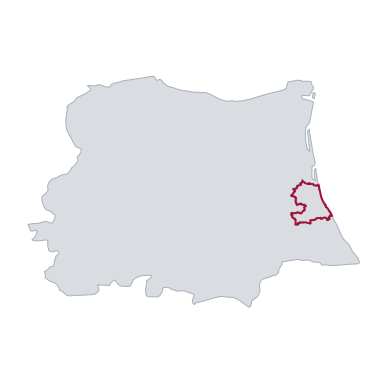 Gbokle, Bas-Sassandra, Ivory Coast shown in context, rotated 268°
{"feature_id": "98640826B37905317988050", "entity_name": "Gbokle", "entity_type": "district", "adm_level": 2, "iso_a3": "CIV", "parent_name": "Ivory Coast", "parent_adm1": "Bas-Sassandra", "projection": "equal_earth", "projection_center": [-6.009, 5.243], "detail": "fine", "context": "in_parent", "style": "outline", "palette": "rose", "viewbox_px": 384, "rotation_deg": 268, "n_neighbors": 0, "source": "geoboundaries", "source_scale": "gbopen_adm2", "svg_char_len": 8809}
<svg xmlns="http://www.w3.org/2000/svg" viewBox="0 0 384 384"><g transform="rotate(268 192 192)"><path d="M98.7,56.0L99.8,55.9L102.8,54.8L105.5,52.2L108.0,46.7L111.3,42.3L115.1,42.6L116.3,41.8L117.6,41.7L119.2,44.6L120.8,46.8L121.9,46.8L122.7,51.0L129.7,52.7L132.6,53.9L135.1,56.9L136.0,57.0L137.1,56.3L137.9,55.3L138.0,54.1L137.0,51.4L137.4,48.9L138.6,46.7L140.4,46.6L143.0,46.0L146.1,46.0L148.4,46.3L149.3,44.1L148.5,38.0L148.7,34.6L149.1,31.7L149.9,30.5L153.4,34.1L156.5,35.4L158.7,35.5L159.4,34.9L158.4,30.9L158.7,29.7L159.5,29.0L161.0,28.6L165.0,27.0L165.4,27.3L166.1,33.6L165.8,35.6L166.6,39.8L167.7,43.7L167.6,45.3L166.7,47.7L165.7,50.0L165.8,50.9L167.4,52.4L170.5,54.0L173.7,54.3L175.4,52.0L177.3,50.2L178.5,48.5L179.0,46.1L181.0,44.3L186.7,42.0L192.0,41.7L193.2,42.4L195.6,45.8L198.6,48.2L203.2,47.9L206.6,49.3L209.5,51.9L211.4,57.8L213.5,62.0L214.5,68.0L217.8,71.1L220.4,72.6L224.0,76.9L227.7,79.2L231.5,78.6L233.3,80.9L236.1,82.5L238.9,82.7L241.4,77.6L244.7,75.6L253.1,71.6L256.4,69.8L259.7,68.7L267.7,68.3L275.2,69.5L278.9,70.5L281.4,69.8L283.8,72.2L286.3,77.2L288.4,78.8L290.5,80.5L292.0,84.5L293.9,88.4L294.9,90.1L297.1,94.0L299.0,94.1L300.9,92.4L301.7,91.2L302.1,93.7L301.4,97.9L301.5,100.4L302.6,101.4L302.0,104.7L299.8,110.4L299.9,113.7L302.0,114.7L303.6,118.3L304.6,124.3L305.5,126.3L305.6,127.6L307.2,142.2L309.2,156.9L308.0,158.9L306.3,159.4L305.2,160.1L304.9,161.5L305.6,163.5L305.1,165.3L303.0,166.6L298.4,171.3L298.1,173.1L296.8,177.1L295.8,179.5L294.3,184.1L291.9,196.0L291.1,205.9L290.9,208.9L290.0,211.1L288.9,214.1L283.9,222.6L281.4,229.5L281.7,232.5L281.8,235.6L281.1,237.7L281.2,243.6L281.9,248.5L282.8,253.3L286.4,266.9L288.4,275.2L289.6,281.9L290.6,286.4L291.6,288.2L292.0,289.9L297.4,291.1L298.5,292.1L300.0,300.8L299.8,304.8L298.7,306.2L298.7,309.6L298.5,313.7L297.7,315.3L294.7,315.5L292.6,317.1L289.9,316.5L289.6,315.5L288.1,315.1L284.1,312.7L284.8,305.2L282.9,304.9L281.4,305.9L278.6,314.9L277.2,316.5L257.0,311.8L252.7,308.1L247.4,307.2L238.3,307.6L230.8,308.8L228.6,311.0L247.6,309.7L249.7,310.0L250.6,311.3L226.6,314.3L217.4,316.1L214.7,315.6L212.6,312.7L202.6,312.4L200.6,313.3L199.4,315.5L203.3,315.0L209.5,314.9L211.1,316.5L191.8,318.6L178.3,322.7L172.6,325.7L153.8,335.7L142.4,340.3L139.4,342.1L134.2,346.9L127.5,350.0L120.0,355.7L115.4,357.0L114.4,355.1L114.3,345.5L113.6,332.5L113.9,327.6L114.5,322.9L114.5,319.1L116.8,317.6L117.4,316.0L117.7,311.0L119.9,306.4L119.9,298.5L120.6,296.8L121.0,294.7L120.1,289.5L119.0,279.6L118.4,279.0L117.9,279.4L116.7,279.6L112.0,276.2L108.3,275.6L105.8,272.7L105.6,269.4L104.4,267.4L103.5,263.6L102.3,259.2L98.7,256.5L95.3,255.9L92.9,256.5L90.1,256.3L86.9,254.8L84.7,253.2L82.6,250.0L80.7,247.4L79.1,247.7L77.2,247.1L75.4,245.9L74.8,245.0L82.6,234.8L85.2,229.8L85.5,226.8L85.5,223.7L86.4,220.5L86.6,215.7L82.3,198.2L81.3,192.8L80.1,191.2L79.4,190.6L81.5,188.4L84.5,188.9L89.2,190.7L90.2,189.0L93.7,180.1L93.6,176.9L93.2,174.6L95.3,168.6L96.9,166.2L97.7,163.7L97.5,160.2L96.3,159.0L94.6,159.2L92.7,158.4L89.8,156.4L88.3,154.6L88.8,146.6L89.0,144.2L90.1,142.7L91.7,142.4L96.3,142.1L100.0,143.0L103.2,143.6L104.9,143.5L106.3,145.9L108.2,148.3L109.8,148.3L110.4,146.5L110.0,138.6L108.9,134.5L106.5,130.5L100.1,127.0L99.9,122.3L100.6,117.1L102.0,115.1L106.7,111.8L105.9,110.1L104.4,108.2L101.4,106.3L102.1,100.1L102.2,94.5L99.7,95.2L97.1,95.5L94.8,93.8L93.0,90.4L92.7,81.2L92.7,70.5L92.4,65.8L93.1,63.2L95.3,60.9L97.8,57.9L98.7,56.0ZM287.3,316.6L286.2,318.7L281.1,317.4L282.3,315.6L287.3,316.6Z" fill="#d9dde1" stroke="#a8b0b8" stroke-width="1"/><path d="M175.8,296.2L175.9,296.3L175.8,296.5L176.0,297.0L175.8,297.4L175.6,297.5L175.8,297.9L176.0,298.3L176.2,298.6L176.2,299.1L176.6,299.4L176.6,299.5L176.6,299.8L176.4,300.0L176.4,300.6L176.0,300.6L176.0,300.8L175.9,301.2L175.8,301.6L175.5,301.7L175.3,302.0L175.4,302.3L175.3,302.5L175.2,303.1L175.2,303.3L175.4,303.6L175.2,303.8L175.0,304.2L174.9,304.4L174.7,304.9L174.4,304.9L174.0,305.1L173.9,304.9L173.7,305.0L173.4,304.3L173.2,303.9L172.8,303.5L171.9,304.0L171.4,303.7L170.2,303.6L170.2,304.0L169.7,303.9L169.6,303.7L169.4,302.8L169.1,302.1L168.9,302.0L168.8,301.9L168.6,301.8L168.2,301.5L168.0,301.4L167.8,301.4L167.6,301.3L167.5,301.2L167.2,300.8L166.8,300.4L166.8,300.0L166.9,299.9L167.0,299.2L167.4,299.0L167.4,298.8L167.4,298.4L167.7,298.1L167.6,297.9L167.8,297.6L167.9,297.3L168.0,297.1L168.1,296.9L167.9,296.5L167.9,296.3L167.7,296.1L167.3,295.7L167.3,295.3L167.4,295.0L167.3,294.7L167.3,294.3L167.2,293.8L167.2,293.3L167.4,292.9L167.4,292.6L167.5,292.4L167.4,292.2L167.3,291.8L167.2,291.6L167.3,291.4L167.4,291.5L167.5,291.4L167.6,290.9L167.5,290.7L167.3,290.8L167.1,290.7L166.9,290.4L166.8,290.2L166.8,290.5L166.7,290.6L166.6,290.8L166.5,290.7L166.4,291.0L166.2,291.1L165.8,290.9L165.8,291.1L165.7,291.1L165.7,291.3L165.2,291.5L165.0,291.4L164.8,291.5L164.6,291.3L164.4,291.2L164.2,291.4L163.8,291.3L163.6,291.3L163.4,291.3L163.2,291.4L163.2,291.6L162.7,292.0L162.7,292.3L162.4,292.6L161.9,292.8L161.7,293.5L161.7,293.9L161.2,294.1L160.9,294.1L160.7,294.1L160.4,294.3L160.3,294.6L155.9,294.3L155.9,294.5L155.8,294.8L156.1,295.1L155.9,295.6L155.6,296.1L155.6,296.3L155.8,296.4L155.9,296.6L155.9,296.8L156.0,297.0L156.3,297.0L156.6,296.9L156.8,296.9L157.0,296.7L157.2,296.9L157.4,297.3L157.5,297.5L157.4,297.9L157.1,298.2L157.2,298.6L157.3,298.7L157.6,299.1L158.0,299.1L158.0,299.3L157.7,299.5L157.6,300.1L157.7,300.9L157.7,301.2L157.7,301.5L157.5,302.0L157.6,302.3L157.8,302.3L157.7,304.6L156.3,308.9L156.8,309.5L157.8,309.3L159.6,309.3L159.6,310.8L159.8,311.0L159.7,311.3L159.7,311.5L159.7,311.9L159.9,312.5L159.8,312.8L159.7,313.0L159.8,313.4L160.0,313.5L160.3,313.9L160.3,314.3L160.5,314.9L160.7,315.0L161.2,315.6L161.5,315.7L161.7,316.7L161.7,316.8L161.6,317.2L161.6,317.9L161.4,318.7L161.5,319.2L161.7,319.5L161.3,319.8L160.9,320.1L160.7,320.1L160.7,320.3L160.8,320.6L160.7,320.7L160.7,320.8L160.8,320.9L160.8,321.3L161.4,321.9L161.6,322.3L161.7,322.7L161.8,323.0L161.7,323.1L161.7,323.4L161.7,323.6L161.8,323.9L161.8,324.1L161.6,324.8L161.3,325.1L161.3,325.3L161.2,325.4L161.1,325.5L160.8,325.4L160.5,325.9L160.3,325.9L160.2,326.0L160.0,326.3L159.7,326.2L159.5,326.3L159.3,326.2L159.2,326.4L159.2,326.7L159.4,327.2L159.7,327.2L159.9,327.4L160.2,328.0L160.2,328.4L160.3,328.4L160.5,328.3L160.8,328.4L161.1,328.3L161.3,327.9L161.5,327.8L161.8,328.1L161.9,327.9L162.0,327.9L162.3,328.1L162.7,328.5L162.8,328.6L162.9,329.3L163.1,329.6L163.5,329.4L163.5,329.5L163.5,329.8L163.4,329.9L163.4,330.2L163.5,330.6L163.4,330.8L163.4,331.1L164.3,330.7L165.7,330.2L165.8,330.0L166.3,329.6L166.6,329.5L166.9,329.5L167.4,329.2L167.9,328.9L168.0,328.6L168.4,328.5L168.7,328.2L169.9,327.5L170.3,327.4L171.1,326.9L171.4,326.5L171.7,326.4L172.2,325.4L172.7,325.5L173.2,325.2L173.8,325.2L174.4,324.9L174.4,324.7L174.7,324.8L174.8,324.6L175.1,324.3L175.8,324.1L175.8,323.9L176.2,323.5L176.8,323.3L177.0,323.1L177.5,323.0L177.7,322.9L178.1,322.6L178.6,322.3L179.7,322.0L180.2,321.7L182.4,321.0L184.8,320.5L185.0,320.4L186.7,320.2L188.1,319.9L188.6,319.9L189.8,319.6L190.1,319.3L190.3,319.4L190.6,319.4L190.9,319.3L192.3,319.3L192.6,319.3L192.9,319.1L193.9,319.1L194.5,318.7L194.8,318.6L194.7,318.4L194.5,318.0L194.3,317.9L194.3,317.7L194.2,317.7L194.0,317.4L194.0,317.2L193.9,317.1L194.0,316.9L194.0,316.6L194.2,316.3L194.2,316.2L194.2,315.9L194.3,314.3L194.5,313.9L195.2,313.8L195.7,313.1L195.7,312.8L195.8,312.6L195.8,312.3L195.9,312.1L195.9,311.7L195.9,311.0L195.7,310.2L195.8,309.8L195.8,309.7L196.3,309.7L196.6,309.8L196.8,309.5L196.7,309.3L196.6,308.9L196.2,308.8L196.0,308.6L196.1,308.0L196.0,307.8L196.6,306.4L197.1,304.9L197.5,304.7L198.0,304.3L198.1,304.1L198.2,303.9L198.4,303.8L198.4,303.6L198.7,303.3L198.8,303.0L199.0,302.9L199.2,303.0L199.4,302.8L199.1,302.7L199.0,302.8L198.8,302.6L198.6,302.6L198.4,302.5L197.9,302.6L197.7,302.5L197.5,302.3L197.4,302.0L197.4,301.7L197.3,301.4L197.2,300.9L197.0,300.7L196.8,300.7L196.6,300.5L195.7,300.9L195.5,300.7L195.3,300.9L195.2,300.6L195.2,300.1L195.0,299.6L194.9,298.9L194.7,298.5L194.7,298.3L194.6,297.8L194.3,298.0L194.2,297.9L193.8,297.8L193.4,297.1L192.9,297.0L192.6,296.5L192.2,296.5L191.9,296.6L191.9,296.2L191.6,295.0L191.6,294.4L191.5,293.8L191.4,293.4L190.9,293.7L190.7,293.7L190.4,293.9L190.1,294.4L189.9,294.4L189.9,294.7L189.8,294.8L189.6,295.0L189.1,295.1L188.9,294.9L189.1,294.5L188.8,294.2L188.2,294.0L184.9,291.0L184.7,291.2L184.5,291.6L184.6,291.8L184.6,292.2L184.7,292.5L184.4,292.5L184.0,292.9L184.0,293.2L183.8,293.4L183.9,294.0L183.7,294.3L183.7,294.5L183.4,294.7L183.3,295.1L183.0,295.4L182.8,295.5L182.7,295.4L182.6,295.6L182.0,295.6L181.9,295.8L181.4,295.6L180.7,295.4L180.3,295.2L180.2,295.3L179.9,295.5L179.6,295.3L179.2,295.4L178.7,295.3L178.3,295.2L178.1,295.3L178.0,295.5L177.6,295.7L177.4,295.9L177.2,295.9L177.1,295.7L176.8,295.7L175.8,296.2Z" fill="none" stroke="#9f1239" stroke-width="2"/></g></svg>